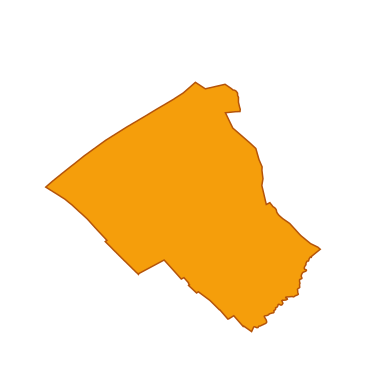 the district of Vadu Pasii, Buzau, Romania, rotated 199°
{"feature_id": "2599482B21628128014293", "entity_name": "Vadu Pasii", "entity_type": "district", "adm_level": 2, "iso_a3": "ROU", "parent_name": "Romania", "parent_adm1": "Buzau", "projection": "robinson", "projection_center": [26.877, 45.162], "detail": "fine", "context": "isolated", "style": "filled", "palette": "amber", "viewbox_px": 384, "rotation_deg": 199, "n_neighbors": 0, "source": "geoboundaries", "source_scale": "gbopen_adm2", "svg_char_len": 4060}
<svg xmlns="http://www.w3.org/2000/svg" viewBox="0 0 384 384"><g transform="rotate(199 192 192)"><path d="M230.9,285.6L232.4,283.0L233.3,281.8L236.3,278.0L238.9,274.7L239.3,274.1L248.6,263.2L252.3,258.9L262.4,246.8L264.2,244.7L274.7,232.4L290.4,212.9L305.7,191.1L312.5,180.3L314.8,176.8L320.8,167.4L327.3,157.0L328.0,155.8L331.9,149.0L331.6,148.9L330.5,148.7L326.8,147.8L320.6,146.4L315.5,145.2L314.8,145.0L310.0,143.9L304.9,142.0L301.2,140.7L298.1,139.3L295.1,138.0L292.9,137.0L289.0,135.4L282.4,132.5L272.8,127.2L272.7,127.1L268.2,124.7L266.3,123.7L256.7,118.6L257.9,116.9L255.1,115.5L251.7,113.9L250.5,113.3L248.9,112.5L247.4,111.7L246.3,111.2L244.9,110.5L243.9,110.1L243.1,109.6L242.6,109.4L241.5,108.9L241.2,108.7L240.6,108.4L240.1,108.2L239.9,108.1L239.6,107.9L239.2,107.8L238.9,107.6L238.4,107.4L238.2,107.3L237.5,106.9L236.6,106.5L235.3,105.9L234.2,105.3L233.7,105.1L232.4,104.5L231.7,104.2L229.7,103.2L228.8,102.8L226.9,101.9L226.5,101.7L225.0,101.0L224.8,100.9L223.0,100.0L222.6,99.8L221.4,99.3L220.5,98.8L220.2,98.7L219.4,98.3L218.6,97.9L217.6,97.5L216.9,97.3L216.6,97.1L216.2,96.8L216.0,96.7L215.8,96.6L215.7,97.2L215.6,97.7L211.9,101.7L197.9,116.8L196.2,118.6L187.6,113.9L173.8,106.2L171.8,108.3L171.7,108.4L165.6,104.9L165.4,104.1L164.2,103.4L164.8,102.5L159.2,100.0L154.8,98.0L153.5,99.7L139.7,95.3L127.7,89.5L127.4,89.7L116.7,83.5L116.0,84.0L112.2,88.6L99.8,81.5L99.5,82.1L99.0,81.9L95.4,80.9L90.2,79.4L89.7,84.4L88.9,85.0L86.6,84.8L85.5,85.3L85.3,86.1L85.1,86.9L83.9,87.5L82.2,89.2L81.3,90.0L80.8,90.6L79.9,91.4L79.6,91.7L79.5,91.9L79.3,92.2L79.2,92.4L79.1,92.6L79.1,92.8L79.0,93.3L79.1,93.5L79.4,94.1L80.1,95.0L80.3,95.3L80.6,95.6L81.1,95.9L81.6,96.4L82.1,96.8L82.5,97.1L82.7,97.3L82.9,97.5L83.1,97.8L83.2,98.1L83.1,98.3L82.7,98.7L81.9,99.1L81.3,99.4L80.7,99.8L80.3,100.1L79.7,100.8L79.3,101.5L79.3,101.8L78.9,102.2L78.0,102.8L77.6,103.1L77.3,103.4L76.7,103.7L75.9,104.1L75.5,104.5L75.4,104.9L75.4,105.4L75.6,105.8L75.9,106.2L76.0,106.5L75.8,106.8L75.5,107.1L75.1,107.5L74.9,108.0L74.8,108.6L75.0,109.1L75.2,109.5L75.3,109.8L75.1,110.0L74.5,110.5L74.1,110.9L73.9,111.6L73.8,112.6L73.9,113.6L73.6,114.0L72.8,114.2L71.9,114.0L71.1,114.0L70.4,114.4L70.1,115.0L69.9,115.7L69.8,116.3L70.3,117.0L71.2,117.9L71.7,118.4L71.3,119.1L70.1,119.5L68.1,120.4L67.2,121.3L66.9,121.7L67.2,122.1L67.9,122.3L69.0,122.5L69.1,123.0L68.6,123.4L67.8,123.8L65.9,124.6L64.1,125.4L63.1,125.8L62.1,125.8L61.5,126.2L60.9,126.9L60.8,127.2L60.6,127.5L60.2,127.9L59.8,128.1L59.5,128.3L59.2,128.6L58.7,129.2L58.3,129.6L58.2,129.9L58.2,130.0L58.3,130.2L58.7,130.6L59.0,131.0L59.3,131.4L59.8,132.7L59.9,132.9L60.0,133.2L60.3,133.5L60.5,133.9L60.6,134.2L60.5,134.7L60.2,135.2L59.5,136.1L59.3,136.5L59.1,136.9L59.2,137.2L59.9,138.8L60.3,140.0L60.2,140.2L60.2,140.8L60.3,141.1L60.7,141.5L61.1,142.2L61.4,143.0L61.6,143.6L61.7,144.0L61.7,144.3L61.4,144.6L60.8,145.1L60.3,145.6L60.0,145.9L60.0,146.1L60.0,146.4L60.4,146.9L61.3,147.9L61.5,149.0L61.5,150.0L61.3,151.2L60.8,152.3L59.5,153.4L58.6,154.2L58.4,154.8L58.3,155.3L58.6,155.6L59.2,155.7L60.3,155.6L60.9,156.1L61.2,157.1L61.2,158.4L60.7,159.7L60.7,160.7L61.0,160.9L61.0,161.5L60.9,162.8L60.8,163.3L60.8,163.8L60.4,164.2L59.8,164.6L59.4,164.7L59.4,165.6L59.5,166.9L58.9,169.1L58.4,169.1L57.9,169.1L57.9,170.3L56.7,172.2L55.1,174.8L53.4,177.5L52.1,179.6L55.0,180.8L63.1,181.8L74.4,186.0L76.5,187.0L86.5,192.5L88.9,193.8L89.5,194.1L97.7,196.4L98.8,196.9L99.9,197.3L102.0,198.2L102.9,198.7L104.3,199.7L104.9,200.2L105.3,200.5L106.3,202.2L106.6,202.6L107.1,203.1L107.9,203.6L108.4,203.9L109.7,204.3L110.4,204.4L111.2,204.8L112.3,205.6L113.6,206.4L114.3,206.8L114.9,207.3L115.2,207.0L115.4,206.7L115.7,206.5L115.9,206.2L116.3,205.8L117.0,205.1L117.7,204.4L128.1,220.9L129.2,227.6L132.9,235.2L133.9,238.6L139.1,244.3L145.8,253.9L152.7,257.0L174.2,265.7L178.1,269.6L186.2,277.8L177.2,282.0L172.8,283.7L173.3,285.9L174.6,287.7L177.3,292.0L178.9,296.7L180.3,298.1L181.1,300.3L183.0,301.7L184.8,302.1L186.4,301.8L188.5,302.6L195.8,304.6L213.0,293.9L224.5,296.8L230.9,285.6Z" fill="#f59e0b" stroke="#b45309" stroke-width="1.5"/></g></svg>